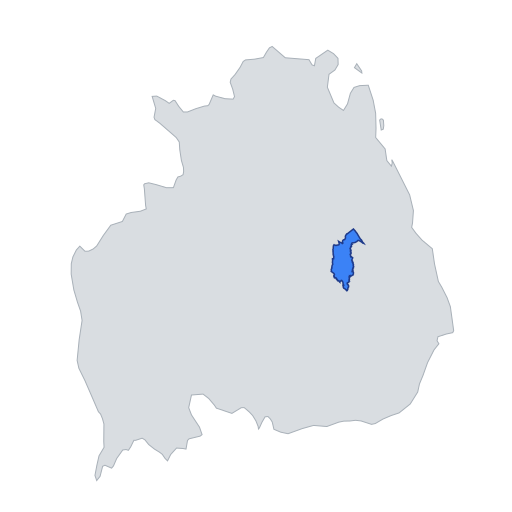 Bakan, Pouthisat, Cambodia (highlighted), rotated 174°
{"feature_id": "14789045B65386681247425", "entity_name": "Bakan", "entity_type": "district", "adm_level": 2, "iso_a3": "KHM", "parent_name": "Cambodia", "parent_adm1": "Pouthisat", "projection": "equal_earth", "projection_center": [103.706, 12.696], "detail": "fine", "context": "in_parent", "style": "filled", "palette": "blue", "viewbox_px": 512, "rotation_deg": 174, "n_neighbors": 0, "source": "geoboundaries", "source_scale": "gbopen_adm2", "svg_char_len": 7832}
<svg xmlns="http://www.w3.org/2000/svg" viewBox="0 0 512 512"><g transform="rotate(174 256 256)"><path d="M437.9,49.3L439.1,54.6L436.1,64.6L433.0,73.7L427.1,81.6L426.8,87.4L424.8,104.8L425.7,110.3L427.1,115.1L429.0,117.6L434.3,134.6L439.2,150.1L443.9,162.9L444.8,170.9L440.6,191.3L435.7,210.1L436.2,219.5L438.4,228.8L440.7,241.3L441.7,257.3L440.5,267.7L438.2,274.2L434.0,280.8L430.2,284.2L425.6,278.6L422.0,278.3L417.2,280.0L413.4,282.6L405.7,292.4L397.2,301.8L385.3,304.3L380.7,311.3L375.7,312.3L366.3,312.6L360.2,314.3L360.5,317.8L360.0,334.5L360.2,338.5L359.2,339.5L355.0,340.0L347.8,337.4L338.0,333.3L331.0,332.6L327.5,339.9L325.4,342.8L322.7,343.2L320.0,344.5L319.1,347.8L318.9,351.8L320.2,358.8L320.7,369.8L320.4,377.4L323.0,382.2L337.9,398.2L342.3,402.2L342.9,404.6L340.3,413.3L342.6,425.6L338.0,425.4L330.1,420.1L326.4,416.9L321.9,419.5L320.3,419.0L317.2,412.9L313.2,406.8L309.1,406.4L300.4,408.8L291.6,410.5L288.2,410.5L286.8,411.6L281.7,420.7L279.5,419.2L270.5,415.7L262.4,414.4L260.7,416.7L261.7,424.2L263.5,431.5L262.4,434.6L258.0,438.5L252.0,445.4L248.4,450.8L245.9,452.1L236.9,451.9L227.9,452.6L224.3,457.6L220.9,461.6L218.0,462.7L206.2,450.1L182.8,445.7L180.3,440.2L178.0,439.1L175.9,446.3L163.1,453.2L157.7,449.1L153.8,444.0L154.3,437.8L158.1,432.7L164.4,429.1L167.4,416.4L162.5,400.1L158.3,395.4L153.8,391.6L149.1,397.7L145.1,408.0L140.9,413.4L135.1,414.6L126.5,414.1L123.2,398.7L122.1,385.4L123.3,370.3L124.6,361.3L116.4,349.0L115.9,337.2L112.0,331.2L110.8,334.2L110.9,337.6L109.8,335.1L96.8,300.7L94.7,284.7L96.9,272.4L98.2,268.2L94.5,261.8L89.2,254.4L79.9,244.8L79.3,229.5L77.3,211.6L74.5,205.5L70.3,194.5L68.0,185.3L67.2,161.1L68.4,159.2L75.0,158.5L83.5,156.7L84.8,152.8L83.3,149.6L88.7,144.1L96.5,132.1L102.5,119.6L106.8,111.7L109.4,103.8L118.1,92.7L130.1,85.0L138.2,83.2L146.7,80.6L154.9,76.9L158.7,76.5L168.8,81.0L174.2,82.2L180.0,82.1L185.9,82.6L191.1,82.1L203.4,79.0L216.5,81.5L228.2,79.5L242.7,75.9L249.8,78.2L256.3,81.8L257.2,89.2L258.8,92.5L260.9,95.1L263.8,95.1L267.5,90.0L270.6,84.7L271.6,83.7L271.7,86.3L273.3,92.0L276.0,97.7L278.8,101.4L283.5,106.4L286.5,106.7L296.4,102.0L311.3,108.8L313.1,112.2L317.9,119.2L323.1,124.2L334.7,124.5L338.8,112.2L336.8,104.7L330.1,91.7L328.3,84.0L330.4,82.7L341.6,81.2L343.4,79.7L345.8,71.3L348.8,72.2L355.1,73.3L361.6,67.5L365.4,61.5L367.6,64.2L369.9,68.5L372.5,71.0L377.2,74.6L382.4,79.7L385.7,84.8L388.3,86.7L394.9,85.3L396.7,85.5L400.5,79.4L403.2,76.1L405.5,77.1L408.8,77.0L415.7,69.2L419.7,62.1L421.8,60.1L428.1,63.7L430.5,62.9L434.1,53.2L437.9,49.3ZM118.8,378.3L117.6,379.2L116.4,379.2L115.1,377.8L115.3,372.2L116.2,368.8L118.3,368.2L118.8,378.3ZM138.4,433.0L135.7,436.7L131.6,429.0L131.6,426.9L138.4,433.0Z" fill="#d9dde1" stroke="#a8b0b8" stroke-width="1"/><path d="M161.5,251.0L161.2,251.3L161.2,251.6L160.9,251.8L161.0,252.0L161.2,252.4L161.4,252.4L161.3,252.7L161.4,252.8L161.5,253.1L161.5,253.3L161.7,253.7L161.6,253.9L161.2,254.0L161.1,254.3L161.0,254.5L160.9,255.0L160.5,255.2L160.3,255.2L160.2,255.3L160.2,255.5L160.4,255.7L160.2,255.8L160.3,255.9L160.3,256.1L160.1,256.3L160.0,256.7L160.1,257.0L159.8,257.3L159.7,257.2L159.6,257.3L159.6,257.5L159.8,257.6L159.6,257.6L159.8,257.8L159.7,257.9L159.5,258.1L159.6,258.3L159.4,258.7L159.1,258.9L158.7,259.0L157.8,258.9L157.3,259.0L156.0,259.1L154.7,259.7L154.3,259.8L153.2,260.7L153.1,260.8L152.5,260.7L152.3,260.8L151.9,260.6L151.2,260.1L150.8,259.8L150.5,259.7L150.2,259.3L149.9,259.2L149.7,258.9L149.1,258.5L148.7,257.9L148.5,257.7L147.8,257.5L147.5,257.3L147.6,257.5L148.4,258.4L148.7,258.9L148.7,259.1L148.9,259.6L149.4,260.8L149.7,261.2L150.4,262.0L150.6,262.3L152.9,267.3L153.0,267.7L153.4,268.3L154.6,270.2L154.8,270.7L155.5,271.6L155.7,271.8L156.3,272.7L162.6,268.7L163.1,268.6L163.2,268.4L163.6,268.4L163.7,268.2L164.4,267.4L165.0,266.5L165.1,266.2L165.1,264.6L165.8,263.5L166.1,263.1L167.4,262.9L168.2,262.2L168.4,261.7L168.5,261.0L168.3,260.1L168.3,259.8L168.3,259.7L168.7,259.6L168.9,259.4L169.0,259.5L169.1,259.8L171.2,261.0L172.3,261.9L172.2,261.4L172.0,260.1L172.0,259.3L172.1,258.9L172.3,258.6L172.6,258.4L172.8,258.4L173.5,258.4L174.3,258.3L174.4,258.2L174.9,258.3L175.2,258.1L175.7,258.2L176.2,258.6L177.2,258.7L177.3,258.9L177.8,258.4L177.8,258.1L178.0,257.7L178.2,256.9L178.4,255.3L178.7,254.7L178.9,254.1L178.9,253.7L178.7,253.2L178.7,252.7L179.0,252.3L178.9,251.2L179.0,250.8L178.9,250.5L179.0,250.2L179.1,249.6L179.1,249.4L178.9,249.1L178.8,248.9L178.9,248.6L179.0,248.2L178.7,247.3L179.0,245.7L179.1,245.1L179.3,245.1L180.1,245.3L180.1,245.2L180.3,245.0L180.2,244.7L180.3,244.4L180.3,244.1L180.2,243.9L180.3,243.5L180.4,242.6L180.6,242.2L180.6,241.8L180.7,241.6L180.6,241.4L180.6,240.7L180.5,239.9L180.6,239.6L181.1,239.0L181.4,238.3L181.7,237.2L181.7,236.8L181.9,236.5L181.9,236.4L181.8,236.1L181.9,235.8L182.1,235.6L182.6,234.8L182.5,234.4L182.5,234.0L182.6,233.8L182.6,233.6L182.6,233.1L182.8,232.8L179.9,230.1L180.1,230.2L180.1,229.8L179.9,229.5L180.0,229.3L180.2,228.9L180.4,228.8L180.6,228.5L180.7,228.2L180.7,227.8L180.4,227.9L180.2,227.6L180.4,226.6L180.4,226.4L180.3,226.1L180.1,226.0L179.7,225.9L179.4,226.0L179.2,226.0L178.9,226.0L178.7,225.9L178.5,225.5L178.6,225.1L178.5,224.7L178.3,224.3L178.2,224.2L178.0,224.6L177.7,224.3L177.7,224.2L177.6,223.4L177.5,223.0L177.3,222.8L177.1,222.9L176.8,222.9L176.5,222.6L176.4,222.8L176.1,222.6L175.6,221.7L175.6,221.4L175.4,221.2L175.4,221.3L175.3,221.5L175.2,221.9L174.7,222.1L174.4,222.2L173.9,222.6L173.8,222.8L173.7,222.8L173.8,222.4L173.5,222.4L173.3,222.5L173.1,222.4L172.8,221.9L172.7,221.8L172.7,221.6L172.4,221.1L172.3,220.9L172.3,219.4L172.4,219.1L172.4,218.6L172.0,218.5L171.9,218.1L171.8,217.5L171.9,217.3L172.1,217.2L172.5,217.2L172.4,216.9L172.5,216.4L172.5,216.2L172.4,216.0L172.4,215.6L172.0,214.7L171.1,214.2L170.2,213.0L170.0,212.9L169.7,212.5L169.4,212.0L169.3,211.9L169.1,212.0L168.7,212.3L168.6,213.1L168.4,213.2L168.1,213.4L168.1,213.6L168.0,214.5L167.8,214.7L167.6,215.1L167.1,215.6L167.2,216.4L167.0,216.6L167.2,217.2L167.4,217.8L167.6,217.9L167.8,217.9L168.0,218.1L168.0,218.4L168.1,218.6L168.1,218.8L168.2,219.1L168.1,219.5L167.9,219.9L167.5,219.8L167.3,220.0L166.6,220.1L166.5,220.6L166.3,220.7L166.2,220.8L166.0,221.1L165.8,221.2L165.9,221.3L166.0,221.5L165.8,221.7L165.8,221.8L165.9,222.0L166.0,222.3L165.9,222.3L165.7,222.6L165.6,222.9L165.5,223.0L165.5,223.3L165.6,223.9L165.5,224.0L165.5,224.3L165.6,224.5L165.6,224.9L165.5,225.0L165.5,225.4L165.5,225.6L165.3,225.6L165.3,225.8L165.2,225.8L165.1,226.3L164.8,226.0L164.7,226.1L164.6,226.4L164.4,226.4L164.3,226.1L164.2,226.3L164.1,226.1L163.8,226.2L163.6,226.1L163.2,226.3L162.9,226.4L162.7,226.5L162.4,226.8L162.0,226.9L161.7,226.9L161.7,227.1L161.4,227.4L161.3,227.6L161.0,227.9L161.0,228.5L160.9,228.8L160.8,229.2L160.8,229.3L160.9,229.7L160.9,229.8L160.9,230.0L161.8,230.3L161.7,230.4L161.8,230.6L161.9,230.8L161.7,230.9L161.8,231.1L161.5,231.5L161.5,231.8L161.2,231.8L161.3,232.0L161.1,232.2L161.1,232.3L161.3,232.7L161.1,232.8L161.1,233.0L161.1,233.4L161.1,233.5L160.9,233.8L160.7,233.6L160.6,233.8L160.5,234.3L160.3,234.3L160.3,234.7L160.4,234.8L160.2,235.0L160.2,235.3L160.0,235.5L160.2,235.8L160.1,236.1L160.3,236.4L160.3,236.7L160.2,236.9L160.0,237.2L160.2,237.4L160.2,237.6L160.1,237.9L160.2,238.3L160.3,238.2L160.4,238.3L160.3,238.6L160.4,238.9L160.2,239.5L160.5,239.7L160.3,239.8L160.5,240.1L160.6,240.3L160.8,240.3L160.9,240.8L160.8,241.0L161.1,241.1L161.1,240.9L161.1,241.5L161.2,241.9L160.0,244.1L161.3,245.4L161.6,245.4L161.5,245.2L161.7,245.3L161.8,245.2L161.9,245.3L161.8,245.5L161.9,245.8L161.9,246.1L161.9,246.3L161.9,246.9L161.9,247.1L162.2,247.5L162.1,247.8L161.9,247.8L161.9,248.0L161.5,248.2L161.4,248.3L161.5,248.5L161.2,248.7L161.3,249.2L161.2,249.4L161.2,249.6L161.1,249.8L161.3,250.0L161.1,250.1L161.2,250.3L161.3,250.5L161.5,250.5L161.6,250.8L161.5,251.0Z" fill="#3b82f6" stroke="#1e3a8a" stroke-width="1.5"/></g></svg>